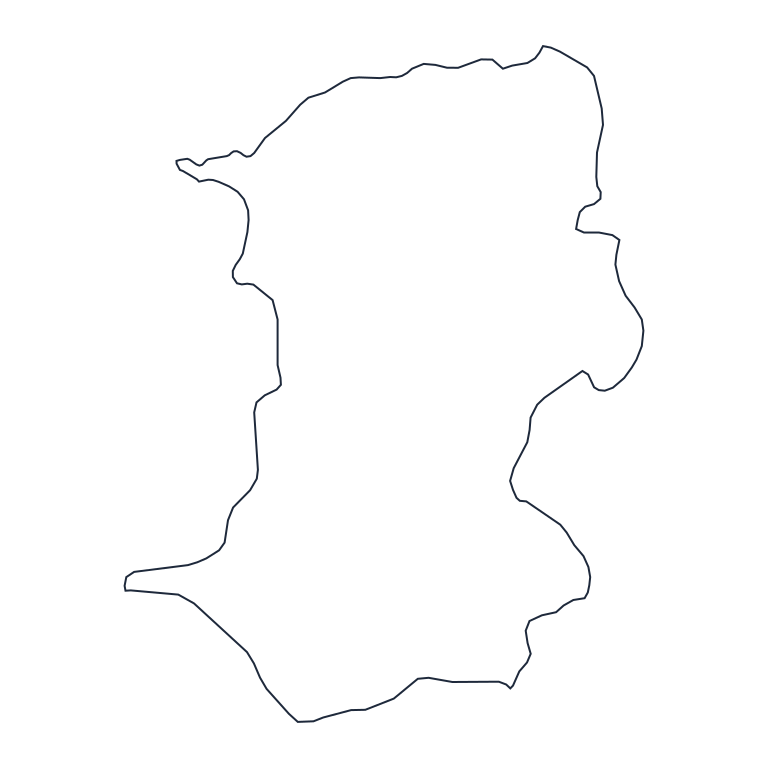 map outline of Kénédougou (orthographic projection)
{"feature_id": "BFA-2800", "entity_name": "Kénédougou", "entity_type": "Province", "adm_level": 1, "iso_a3": "BFA", "parent_name": "Burkina Faso", "parent_adm1": "", "projection": "orthographic", "projection_center": [-5.0, 11.424], "detail": "fine", "context": "isolated", "style": "outline", "palette": "slate", "viewbox_px": 768, "rotation_deg": 0, "n_neighbors": 0, "source": "natural_earth", "source_scale": "10m", "svg_char_len": 2259}
<svg xmlns="http://www.w3.org/2000/svg" viewBox="0 0 768 768"><path d="M502.9,68.7L512.2,65.6L527.4,63.0L535.1,58.3L539.4,52.7L543.0,46.1L550.8,47.6L559.9,51.6L587.1,67.4L594.0,75.9L601.7,108.5L603.0,124.9L597.0,152.5L596.3,176.9L597.3,186.2L600.7,192.1L600.4,198.8L594.0,204.1L585.2,206.7L579.8,212.1L577.7,220.1L576.1,229.0L583.9,232.5L598.8,232.5L612.4,235.1L619.4,240.0L616.4,254.7L615.4,264.6L619.1,281.1L625.6,295.7L634.6,307.5L641.8,319.5L643.4,330.7L641.8,346.1L636.5,359.6L631.8,367.5L624.2,378.0L612.9,387.7L604.8,390.7L598.8,390.1L594.1,387.3L588.1,374.5L582.4,371.0L544.4,397.8L537.2,404.7L530.6,417.6L529.6,430.0L527.3,442.2L513.7,468.2L510.1,480.9L513.0,489.9L516.5,497.8L519.8,500.8L526.3,501.4L560.3,524.7L566.7,532.6L574.3,545.2L583.5,556.1L588.4,567.0L590.2,577.1L589.3,585.2L587.8,592.5L584.6,598.2L573.3,600.0L563.6,605.5L556.1,612.2L541.9,615.3L529.5,621.0L525.7,630.7L527.6,643.1L530.7,653.8L527.0,662.5L519.3,671.4L513.0,685.6L510.3,688.4L506.2,684.5L498.8,681.7L452.4,682.0L428.6,677.8L417.8,678.8L393.8,698.6L365.3,709.8L351.1,710.1L323.2,717.5L313.5,721.3L297.8,721.9L288.9,713.8L266.6,688.9L260.0,677.6L253.9,663.4L247.0,652.1L194.0,603.4L178.3,594.6L130.8,590.4L125.5,590.7L124.6,585.8L126.3,577.1L134.1,571.9L188.0,565.1L197.2,562.3L206.3,558.4L219.1,550.3L224.6,542.6L228.0,520.2L233.1,507.5L250.1,490.2L256.8,478.7L257.9,469.9L254.2,412.4L256.5,402.4L264.8,395.3L276.6,389.6L280.9,384.8L280.5,377.7L277.6,365.1L277.6,319.5L272.6,300.1L253.4,284.6L247.3,283.7L241.8,284.4L237.0,283.3L232.9,277.1L232.8,270.9L235.7,264.9L239.8,259.2L242.8,253.6L247.4,232.1L248.6,220.0L248.1,210.3L244.0,199.3L237.6,191.8L229.1,186.4L218.6,181.8L213.0,180.0L208.3,179.7L199.0,181.6L196.9,179.3L182.9,171.0L179.9,169.9L176.6,163.7L176.5,160.9L180.0,159.9L187.3,158.8L189.7,159.7L196.3,164.4L199.4,165.6L202.3,164.7L206.3,160.4L208.1,159.2L226.8,156.1L229.1,155.1L231.1,153.1L233.6,151.4L237.0,151.2L240.6,152.9L243.5,155.2L246.5,156.7L250.5,156.1L254.2,153.0L265.0,138.0L285.9,120.9L300.2,104.7L308.4,97.7L325.0,92.5L342.8,81.7L350.7,78.1L359.0,77.4L380.3,78.1L390.1,77.0L396.2,77.3L401.9,75.9L407.1,73.0L412.0,68.7L423.7,63.9L435.4,64.9L446.9,67.7L458.1,67.8L481.1,59.4L492.4,59.6L502.9,68.7Z" fill="none" stroke="#1e293b" stroke-width="2"/></svg>